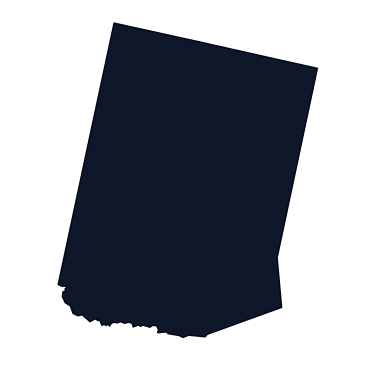 the district of Tooele, Utah, United States of America, rotated 102°
{"feature_id": "52423323B26439828706648", "entity_name": "Tooele", "entity_type": "district", "adm_level": 2, "iso_a3": "USA", "parent_name": "United States of America", "parent_adm1": "Utah", "projection": "robinson", "projection_center": [-112.693, 40.491], "detail": "fine", "context": "isolated", "style": "filled", "palette": "ink", "viewbox_px": 384, "rotation_deg": 102, "n_neighbors": 0, "source": "geoboundaries", "source_scale": "gbopen_adm2", "svg_char_len": 1015}
<svg xmlns="http://www.w3.org/2000/svg" viewBox="0 0 384 384"><g transform="rotate(102 192 192)"><path d="M336.4,196.4L336.6,195.6L335.7,193.1L334.1,187.5L335.5,186.0L335.0,174.9L336.0,170.4L332.7,165.5L330.9,149.1L328.3,147.8L328.2,147.6L327.4,146.6L322.7,139.0L286.2,80.4L238.6,95.1L175.9,95.1L45.0,95.1L44.6,138.5L44.5,140.8L44.5,147.1L44.0,188.9L43.9,191.0L43.9,203.4L43.8,204.5L43.7,209.5L43.5,241.1L43.3,263.0L43.3,265.4L43.3,266.6L43.2,279.5L43.2,285.9L43.0,303.3L168.1,303.5L310.2,303.6L311.2,300.0L310.5,296.0L311.7,294.3L313.1,295.9L315.3,295.2L316.5,297.4L321.4,297.0L326.7,292.8L328.6,287.4L335.5,283.0L336.7,277.7L334.9,273.9L339.0,266.6L340.0,264.8L336.0,260.2L337.3,257.3L336.4,255.9L341.0,252.3L339.6,250.6L340.3,248.0L338.5,247.4L340.2,244.9L337.1,243.5L335.5,241.1L335.5,237.8L333.6,235.1L334.4,230.7L332.5,226.9L332.8,223.3L336.1,221.4L333.2,216.8L334.0,214.4L332.3,212.5L333.0,205.1L330.7,203.0L330.1,198.7L333.7,196.1L336.4,196.4Z" fill="#0f172a" stroke="#020617" stroke-width="1.5"/></g></svg>